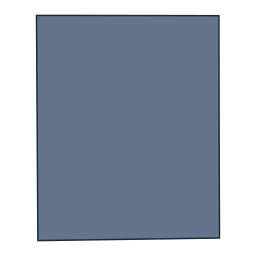 Hale, Texas, United States of America (Equal Earth projection)
{"feature_id": "52423323B58430787795097", "entity_name": "Hale", "entity_type": "district", "adm_level": 2, "iso_a3": "USA", "parent_name": "United States of America", "parent_adm1": "Texas", "projection": "equal_earth", "projection_center": [-101.851, 34.069], "detail": "fine", "context": "isolated", "style": "filled", "palette": "slate", "viewbox_px": 256, "rotation_deg": 0, "n_neighbors": 0, "source": "geoboundaries", "source_scale": "gbopen_adm2", "svg_char_len": 208}
<svg xmlns="http://www.w3.org/2000/svg" viewBox="0 0 256 256"><path d="M36.5,15.4L37.9,240.6L219.5,238.0L219.1,125.5L218.9,15.7L68.5,15.4L36.5,15.4Z" fill="#64748b" stroke="#1e293b" stroke-width="1.5"/></svg>